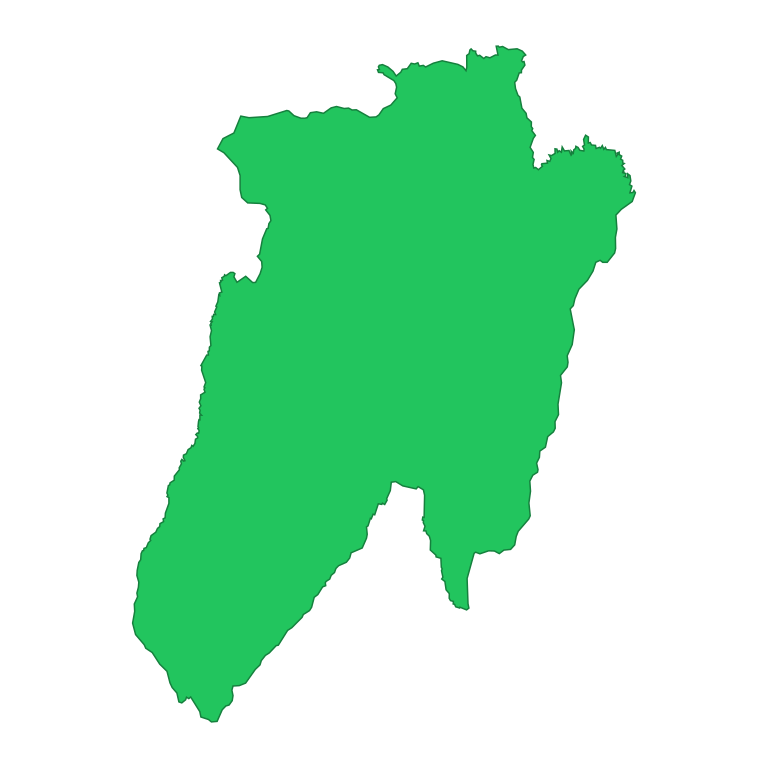 Nganjuk, Jawa Timur, Indonesia (Equal Earth projection)
{"feature_id": "22746128B46559606025688", "entity_name": "Nganjuk", "entity_type": "district", "adm_level": 2, "iso_a3": "IDN", "parent_name": "Indonesia", "parent_adm1": "Jawa Timur", "projection": "equal_earth", "projection_center": [111.94, -7.615], "detail": "fine", "context": "isolated", "style": "filled", "palette": "green", "viewbox_px": 768, "rotation_deg": 0, "n_neighbors": 0, "source": "geoboundaries", "source_scale": "gbopen_adm2", "svg_char_len": 6066}
<svg xmlns="http://www.w3.org/2000/svg" viewBox="0 0 768 768"><path d="M217.5,148.9L223.9,152.7L237.5,167.4L240.1,175.5L240.1,189.7L241.7,197.5L247.7,202.9L260.0,203.4L265.2,204.9L267.5,208.3L265.7,209.9L270.0,215.4L270.9,220.6L268.9,223.6L268.1,228.3L266.7,228.8L262.5,238.9L259.6,254.2L257.4,256.3L261.7,261.5L262.1,267.3L260.1,273.7L255.6,282.4L252.7,282.6L245.7,276.3L237.0,282.3L233.9,276.9L234.9,273.6L233.1,272.4L230.5,272.4L225.9,275.7L224.6,274.8L224.1,276.4L221.8,277.7L222.5,280.1L221.3,280.5L222.1,281.1L220.6,280.6L220.6,282.5L219.5,282.8L221.8,292.1L219.5,292.9L219.7,295.4L218.8,294.7L217.8,301.9L215.9,306.2L216.8,306.9L214.6,312.0L215.6,314.5L213.7,314.4L213.3,316.4L212.2,316.4L212.4,319.1L210.6,321.4L212.1,321.8L210.8,323.3L211.2,325.1L210.1,325.1L211.5,330.6L210.1,336.7L210.9,345.6L209.4,347.2L209.3,350.8L208.0,351.4L208.4,355.0L206.7,355.1L200.9,365.6L201.9,366.1L201.6,370.2L205.7,382.6L204.0,387.0L204.9,387.8L204.0,389.2L205.0,392.2L200.6,394.9L200.7,398.7L199.3,402.1L200.9,405.8L199.0,408.3L200.1,410.3L199.6,413.0L201.5,415.2L199.9,415.1L199.9,419.8L199.0,419.6L198.5,421.7L198.0,426.6L198.6,427.8L197.8,428.6L199.2,430.6L198.6,433.3L197.3,433.0L195.8,434.6L197.6,436.4L197.7,437.9L195.5,439.2L194.9,443.5L193.1,446.3L191.8,445.4L191.0,447.7L188.1,449.6L186.4,453.7L183.5,455.1L183.3,457.3L184.9,460.7L183.5,461.1L181.9,459.4L180.8,461.2L181.4,463.9L179.2,467.8L179.4,469.7L174.3,476.1L174.2,480.2L170.1,482.8L169.6,485.0L168.4,485.5L166.9,493.0L167.9,495.2L167.0,496.6L168.9,497.6L168.9,503.4L165.4,513.1L165.1,517.8L163.1,518.9L163.6,521.6L160.0,523.6L159.7,526.6L157.5,528.4L155.8,532.2L151.1,535.6L150.0,539.2L150.7,540.4L148.3,542.8L146.3,547.6L144.0,548.4L143.6,550.6L142.4,550.8L141.1,553.7L140.7,559.7L138.8,562.4L137.2,570.4L136.9,575.5L138.8,582.2L138.4,587.3L136.9,593.1L137.6,596.8L134.3,604.0L134.7,611.4L132.6,623.1L135.6,634.6L144.2,644.7L145.8,648.3L152.2,652.5L159.7,664.1L167.0,671.3L170.0,682.9L172.2,687.6L176.9,693.0L178.9,701.9L181.8,702.9L185.6,699.8L186.5,697.2L188.8,698.6L190.7,697.0L199.8,711.6L200.9,717.0L208.5,719.5L211.4,721.9L217.1,721.4L222.2,709.8L225.8,706.0L229.1,705.0L232.2,700.7L233.0,695.6L231.9,690.2L233.0,686.0L239.3,685.6L245.6,683.1L255.3,669.4L260.0,664.9L261.3,660.6L265.4,655.4L269.3,652.9L276.2,645.6L278.3,645.2L287.6,630.4L291.8,627.7L302.1,617.3L303.3,614.5L309.5,610.6L311.6,607.3L314.2,597.3L317.8,594.6L322.6,586.9L325.7,585.7L325.3,582.7L326.1,581.4L329.7,579.1L331.2,575.3L334.5,572.5L335.9,568.5L338.6,565.7L346.4,562.2L349.7,558.0L351.1,552.8L362.2,548.0L366.5,538.2L367.2,534.3L366.5,526.9L368.0,525.9L370.4,518.3L371.3,518.8L373.1,514.2L374.7,514.8L378.3,503.8L381.8,504.4L382.4,503.2L384.7,504.5L387.1,500.2L386.7,498.6L390.3,490.6L391.3,482.2L395.8,481.6L402.8,485.9L416.2,488.9L418.1,486.6L423.4,489.8L424.6,495.3L424.1,517.4L422.8,517.1L422.3,520.0L423.5,520.5L423.3,522.7L425.0,526.2L423.6,530.8L425.9,530.9L426.7,533.6L429.3,536.2L430.6,540.6L430.3,550.0L435.9,555.1L436.1,556.9L440.9,558.3L441.3,567.2L442.2,568.9L441.5,570.6L442.9,577.2L441.7,579.0L444.9,581.5L446.1,589.8L449.3,593.6L449.2,598.3L450.5,600.6L453.4,601.4L453.2,604.0L454.6,604.3L455.7,606.8L459.6,608.0L459.9,607.2L466.6,609.9L468.9,608.1L468.0,603.7L467.1,578.5L474.1,553.3L475.6,552.2L479.9,553.8L488.7,550.8L494.4,551.0L499.3,553.6L503.9,550.1L510.6,549.4L514.7,544.9L516.2,536.5L518.2,531.3L528.7,519.1L530.2,515.8L528.9,503.0L530.5,491.2L529.8,481.1L532.8,475.2L537.5,472.2L538.0,469.7L536.6,463.1L539.4,457.4L539.8,451.1L545.4,447.2L547.7,436.6L553.4,431.9L555.2,428.3L555.0,421.6L558.5,414.6L558.0,404.2L561.5,382.8L560.5,375.4L567.3,366.9L568.0,362.3L567.2,355.8L572.2,344.6L574.3,329.8L570.2,308.9L573.3,305.6L574.9,298.7L578.9,289.2L587.4,280.4L593.0,271.1L595.8,262.3L600.1,260.3L602.7,262.3L607.2,262.3L614.6,253.0L615.6,248.5L615.4,237.4L616.9,229.0L615.9,215.1L621.3,209.3L632.2,201.5L635.4,192.7L634.0,190.5L632.9,192.5L629.9,192.8L631.9,186.1L629.5,184.6L630.8,181.0L630.0,175.6L627.7,173.8L627.8,177.7L624.4,176.5L625.5,175.9L625.9,173.6L622.6,172.6L622.9,171.7L624.0,172.4L623.3,170.2L624.8,169.0L621.8,165.5L624.2,163.5L622.8,163.1L622.7,160.3L620.6,159.1L621.7,156.1L619.2,154.6L619.2,152.2L617.1,153.1L617.8,154.4L616.3,156.4L614.8,150.4L606.4,149.6L605.4,147.4L603.8,149.3L602.3,145.6L600.6,148.2L599.5,147.3L596.1,148.5L595.5,145.4L591.5,145.0L590.2,142.5L588.3,143.0L588.4,137.0L585.6,135.2L583.6,139.4L584.5,145.0L582.6,146.4L584.1,149.0L583.8,151.0L579.8,150.3L578.1,147.5L575.9,146.3L575.5,148.5L573.8,149.8L573.3,153.2L571.3,151.2L571.9,154.1L571.1,155.2L569.0,150.5L564.5,150.9L562.2,147.0L561.4,152.2L559.1,150.7L557.7,152.2L556.9,149.1L555.0,148.8L555.1,153.4L551.5,155.6L549.1,155.0L551.0,158.5L549.8,161.4L547.0,160.5L547.5,163.1L541.9,163.7L541.5,164.8L542.4,166.3L538.4,169.7L535.7,167.5L533.8,168.0L533.0,164.4L534.1,159.4L532.5,157.5L533.3,152.4L530.1,147.4L533.3,138.4L535.4,135.4L531.8,130.6L532.7,128.6L531.3,126.6L531.4,122.0L526.9,117.8L526.1,113.3L521.9,108.2L519.8,97.0L518.0,95.4L515.5,88.6L514.7,82.3L516.7,80.2L519.2,72.9L521.4,72.7L521.5,70.0L524.9,65.1L524.0,61.5L522.5,61.9L521.6,60.6L523.3,56.5L525.7,55.0L522.3,51.1L517.1,48.8L508.3,49.6L502.6,46.5L499.3,47.2L498.3,46.1L496.2,46.2L498.0,55.1L495.4,55.0L489.9,57.8L486.0,56.7L483.8,58.5L479.7,55.3L477.5,55.9L475.7,53.1L475.7,51.2L472.9,50.8L471.1,48.9L469.9,50.0L469.1,53.7L466.7,55.5L466.8,67.3L466.0,70.7L462.9,66.9L457.9,64.4L442.2,60.8L433.3,63.2L425.6,67.0L423.3,65.4L419.3,66.1L417.9,62.8L414.6,64.0L411.2,63.3L407.3,68.7L402.3,69.3L400.8,72.2L396.2,76.0L393.1,71.4L387.9,67.0L382.5,64.6L379.3,65.3L378.4,66.8L379.4,69.5L377.5,69.8L378.5,72.4L383.0,72.8L384.1,74.7L393.9,80.6L395.8,83.6L396.6,87.2L395.2,93.8L397.2,97.8L390.8,105.1L383.3,108.6L378.9,114.9L376.1,116.9L369.6,117.3L356.4,109.8L352.1,110.0L348.6,108.1L344.2,108.5L336.5,106.5L331.1,107.9L323.5,113.3L316.6,111.8L310.4,112.7L307.1,117.7L305.0,118.2L300.9,118.2L294.0,115.7L288.9,111.0L286.8,110.5L267.6,116.5L249.0,117.7L240.8,116.1L233.9,133.0L223.0,138.6L217.5,148.9Z" fill="#22c55e" stroke="#15803d" stroke-width="1.5"/></svg>